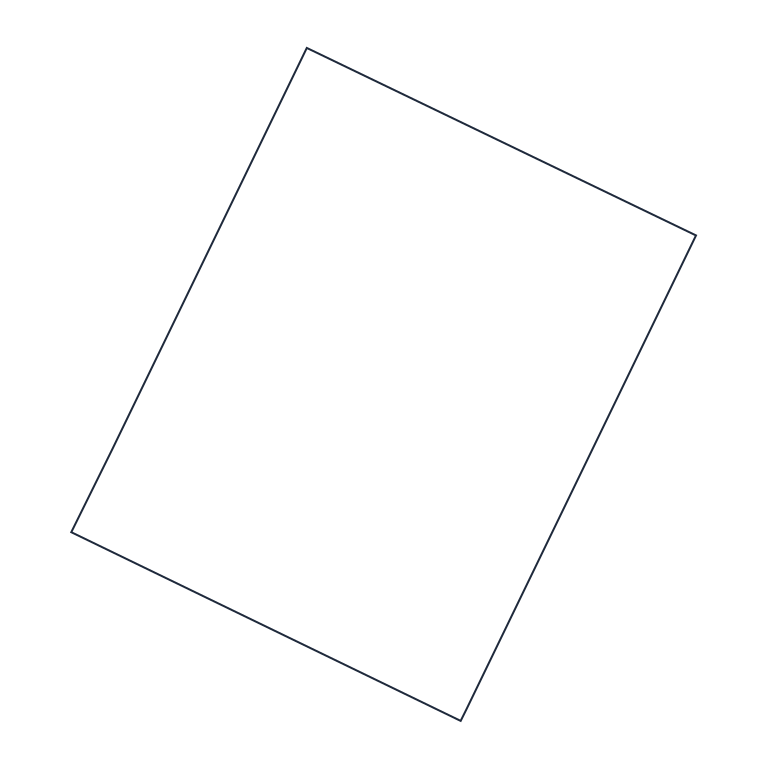 outline of Blaine, Nebraska, United States of America, rotated 296°
{"feature_id": "52423323B26026520700604", "entity_name": "Blaine", "entity_type": "district", "adm_level": 2, "iso_a3": "USA", "parent_name": "United States of America", "parent_adm1": "Nebraska", "projection": "orthographic", "projection_center": [-100.085, 41.913], "detail": "fine", "context": "isolated", "style": "outline", "palette": "slate", "viewbox_px": 768, "rotation_deg": 296, "n_neighbors": 0, "source": "geoboundaries", "source_scale": "gbopen_adm2", "svg_char_len": 250}
<svg xmlns="http://www.w3.org/2000/svg" viewBox="0 0 768 768"><g transform="rotate(296 384 384)"><path d="M113.7,167.9L114.8,600.6L128.1,600.7L654.3,599.3L652.2,167.3L206.5,168.4L113.7,167.9Z" fill="none" stroke="#1e293b" stroke-width="2"/></g></svg>